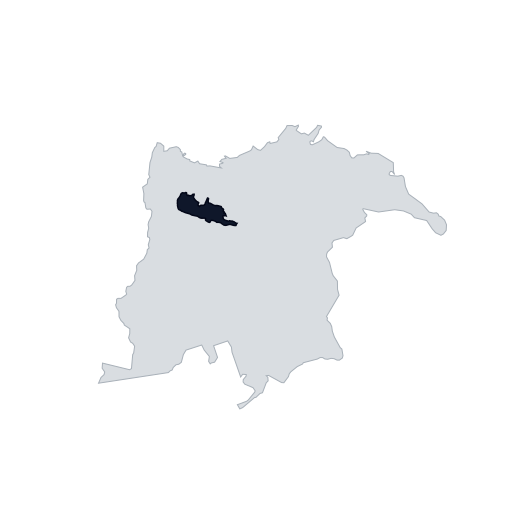 Colombia, with Huila highlighted, rotated 71°
{"feature_id": "COL-1405", "entity_name": "Huila", "entity_type": "Department", "adm_level": 1, "iso_a3": "COL", "parent_name": "Colombia", "parent_adm1": "", "projection": "albers", "projection_center": [-75.51, 2.666], "detail": "fine", "context": "in_parent", "style": "filled", "palette": "ink", "viewbox_px": 512, "rotation_deg": 71, "n_neighbors": 0, "source": "natural_earth", "source_scale": "10m", "svg_char_len": 6613}
<svg xmlns="http://www.w3.org/2000/svg" viewBox="0 0 512 512"><g transform="rotate(71 256 256)"><path d="M292.5,78.6L287.6,80.6L278.0,83.1L271.4,93.7L267.0,95.6L261.4,101.9L257.4,109.8L254.3,125.8L246.1,139.3L246.8,139.9L250.1,139.3L253.1,137.8L254.2,138.3L255.4,140.7L259.1,141.2L262.1,152.2L267.8,157.8L268.4,160.0L269.2,164.5L267.1,167.3L266.6,177.4L268.4,179.9L272.6,180.9L275.5,187.1L277.2,188.6L279.8,189.6L286.0,188.6L297.3,189.6L299.9,189.4L306.2,187.2L314.2,189.8L320.1,190.2L336.2,209.1L337.8,208.6L339.8,209.7L343.9,207.7L347.4,207.4L351.9,208.3L358.0,208.3L370.1,206.2L371.9,205.1L378.6,206.2L380.6,207.6L381.6,211.1L380.8,213.3L378.5,215.6L377.2,218.4L377.0,221.8L375.8,224.4L373.7,226.1L372.9,228.5L373.4,231.6L372.3,246.0L373.3,247.2L374.0,253.0L376.8,260.7L378.2,262.9L380.6,264.6L384.9,270.9L384.0,273.0L373.0,283.0L372.5,285.3L374.6,284.3L378.0,285.2L379.2,287.6L387.4,294.4L387.3,297.0L389.7,302.2L389.3,303.3L395.0,318.0L395.3,321.1L390.5,322.0L390.3,312.1L389.6,310.1L384.2,301.4L383.1,300.7L379.5,301.7L373.6,308.3L370.9,309.2L368.7,308.3L366.4,304.5L364.9,303.8L363.5,307.1L365.4,309.9L339.2,310.0L334.1,308.9L327.1,310.4L327.0,325.3L339.4,325.4L342.9,329.7L342.6,333.1L343.1,334.4L340.2,335.1L335.8,332.8L328.1,335.6L322.5,336.3L322.2,352.8L325.6,356.8L332.2,361.2L333.2,364.2L332.8,367.0L334.4,370.5L336.5,372.4L336.6,374.5L337.7,376.8L325.0,446.3L320.4,442.1L318.7,438.3L316.4,436.8L312.0,438.0L307.3,436.0L322.4,412.5L321.9,410.4L309.1,404.7L307.8,403.2L301.7,400.1L298.4,401.0L296.5,402.6L291.9,403.1L288.2,400.6L283.7,399.0L278.4,403.0L276.8,402.9L273.0,404.7L268.9,405.3L263.7,403.6L259.4,404.8L256.4,404.6L255.3,403.3L251.5,401.9L251.1,400.3L252.1,397.4L250.5,391.7L249.9,390.7L247.0,390.6L243.6,388.6L242.9,387.3L243.6,385.0L243.0,383.0L239.7,378.4L235.1,377.2L230.7,373.4L226.3,372.1L224.3,369.3L222.4,363.2L217.8,358.3L214.6,356.7L213.6,354.5L210.3,354.2L205.8,351.0L203.9,350.8L202.5,352.3L198.4,350.8L194.8,348.4L191.2,347.8L188.8,346.4L184.5,342.0L179.9,339.8L177.2,340.6L176.3,343.9L174.7,344.5L169.3,343.6L168.4,344.3L167.0,344.2L160.5,341.7L154.0,340.8L152.4,335.3L148.3,333.3L147.0,330.6L144.1,330.9L133.1,325.8L128.5,322.3L124.6,320.4L120.5,316.4L119.9,314.8L116.7,312.5L118.3,309.6L122.1,307.4L127.0,309.1L127.6,305.7L125.9,302.7L126.7,295.8L128.0,294.2L130.7,292.9L132.4,293.4L133.5,292.3L137.5,292.8L138.8,292.3L141.8,289.6L143.2,287.3L144.6,287.6L147.9,283.8L147.3,280.1L150.4,279.3L153.7,273.2L155.0,273.1L155.8,270.2L161.5,260.1L159.4,261.3L157.2,260.6L157.5,257.2L156.9,256.8L155.0,259.4L153.5,256.8L153.9,252.5L151.3,253.3L151.4,252.3L155.2,249.0L156.7,241.6L155.5,238.9L154.7,227.8L154.1,225.7L151.1,222.9L155.9,219.8L157.6,217.4L155.4,212.4L152.6,208.3L152.5,205.8L154.2,206.0L154.9,199.1L153.3,196.5L151.3,196.5L145.0,186.3L142.8,184.2L144.4,179.3L146.4,177.1L146.0,173.4L147.2,173.6L150.0,177.0L151.1,176.5L155.3,173.3L155.5,170.3L158.9,167.2L154.1,156.8L152.5,155.2L154.4,151.9L155.5,152.1L157.4,155.3L160.4,157.4L164.8,163.2L166.7,164.5L165.3,165.8L165.1,167.2L165.7,168.0L168.2,168.2L169.2,166.6L168.5,159.5L167.5,156.0L165.2,153.5L165.9,152.5L170.4,150.7L179.8,144.0L183.1,137.7L185.5,135.5L188.3,134.0L191.7,134.3L194.4,133.5L195.2,131.5L193.4,127.2L195.4,121.2L195.4,118.2L196.7,116.4L196.2,115.6L192.8,117.8L196.3,113.6L198.8,107.1L212.4,95.8L221.3,98.5L224.1,98.4L220.4,99.8L219.9,101.4L221.2,103.1L222.5,103.6L223.7,102.5L226.7,95.9L227.1,92.3L228.4,91.0L230.3,90.6L239.0,92.1L247.2,91.5L260.7,82.1L270.8,78.0L273.3,74.2L273.9,71.3L275.8,70.1L277.7,70.1L278.8,68.5L283.5,66.0L288.5,65.7L293.8,67.9L296.2,71.7L296.6,74.4L292.5,78.6ZM137.7,291.6L137.1,292.1L135.9,291.1L135.5,290.0L136.2,289.1L137.1,289.4L137.7,291.6Z" fill="#d9dde1" stroke="#a8b0b8" stroke-width="1"/><path d="M211.3,282.2L210.9,282.3L210.4,282.8L209.5,283.6L208.5,284.9L208.1,285.7L207.8,286.4L207.7,286.9L207.9,287.4L208.4,287.8L208.9,288.3L209.1,289.0L208.9,289.4L208.1,290.3L206.2,291.8L205.4,292.0L205.2,291.9L204.5,291.6L204.2,291.5L203.7,291.9L203.4,292.4L202.6,295.0L202.3,295.6L202.0,296.1L201.1,297.1L200.9,297.2L199.8,298.0L199.3,298.4L198.8,299.3L198.1,300.5L196.4,303.3L194.6,304.9L193.1,307.1L192.0,308.7L190.5,310.3L190.0,310.8L189.7,311.4L189.4,311.7L188.2,312.5L187.8,313.0L187.4,313.4L187.0,313.8L186.5,314.0L185.9,314.1L185.4,314.1L184.2,314.0L182.7,313.8L181.9,313.4L181.0,313.3L180.2,313.1L179.8,312.8L179.2,312.6L178.1,312.3L177.3,311.8L176.7,311.3L175.7,309.6L174.5,308.1L172.9,306.8L172.4,305.9L172.3,305.0L172.3,304.7L172.5,304.3L173.1,303.7L173.1,302.8L173.1,301.7L173.5,301.2L173.8,301.1L174.2,301.2L174.4,301.3L174.8,301.4L175.2,301.4L175.6,301.4L176.0,301.4L176.3,301.3L176.5,301.1L176.5,300.9L176.5,300.7L176.4,300.5L176.4,300.3L176.7,299.9L177.0,299.8L177.3,299.2L177.6,298.3L177.7,298.1L177.9,297.8L177.9,297.4L177.1,295.6L177.4,294.4L178.1,294.6L178.5,294.9L179.7,295.9L180.2,296.0L180.7,296.0L182.5,295.5L183.3,295.2L184.9,294.4L185.5,294.0L186.0,293.5L186.6,292.9L186.9,292.8L187.7,293.4L188.4,294.0L188.9,294.3L189.6,294.2L189.9,293.7L190.2,293.5L190.8,293.2L190.1,291.9L190.2,291.2L190.6,290.3L191.1,288.7L190.8,288.2L190.5,287.5L190.2,287.2L189.8,286.9L189.4,286.7L189.2,286.5L188.5,285.8L187.9,285.2L185.5,283.1L185.4,282.7L186.1,282.3L186.3,282.2L186.7,282.3L186.9,282.5L187.1,282.7L187.6,283.0L189.4,283.6L190.1,283.7L190.4,283.6L190.6,283.3L191.1,282.3L192.0,281.4L194.2,279.5L194.6,279.0L194.8,278.3L195.4,277.7L195.4,276.8L195.9,275.8L196.6,274.7L197.3,273.8L197.7,273.1L198.0,272.8L198.3,272.8L198.6,272.8L198.8,272.9L199.0,272.9L199.5,272.6L200.1,272.4L200.3,272.3L200.4,272.1L200.6,271.9L200.8,271.7L201.5,271.6L202.0,271.8L202.4,272.1L202.7,272.3L203.1,272.5L203.4,272.3L203.5,272.1L203.8,271.8L204.1,271.7L204.3,271.8L204.5,272.0L204.9,272.2L204.9,271.8L205.1,271.6L205.4,271.4L205.5,271.3L205.7,271.2L205.9,271.2L208.2,271.2L208.0,271.4L207.9,271.9L207.9,272.2L207.8,272.4L207.6,272.6L207.6,272.8L207.5,273.2L207.5,273.4L207.4,273.7L207.3,274.0L207.6,274.4L208.7,274.6L209.8,274.7L211.1,274.5L212.3,273.2L213.2,272.0L213.6,271.4L214.1,271.0L214.2,270.7L214.1,270.2L214.0,269.8L214.1,269.3L214.3,269.0L214.5,268.9L214.7,268.7L215.0,268.4L215.1,268.0L215.0,267.8L215.0,267.6L215.1,267.4L215.2,267.1L215.3,267.0L215.5,267.0L215.6,266.9L215.8,266.7L216.0,266.2L216.2,265.9L216.5,265.6L217.4,265.0L218.9,263.7L219.0,263.4L219.7,264.3L220.6,265.0L220.5,265.6L219.9,266.9L219.4,267.7L217.8,270.0L217.5,270.8L217.4,271.7L217.3,273.6L217.2,274.4L217.0,275.1L216.3,276.3L215.9,276.6L214.8,277.4L214.2,277.9L213.5,278.3L213.0,278.6L212.8,279.0L212.0,280.3L211.4,282.1L211.3,282.2Z" fill="#0f172a" stroke="#020617" stroke-width="1.5"/></g></svg>